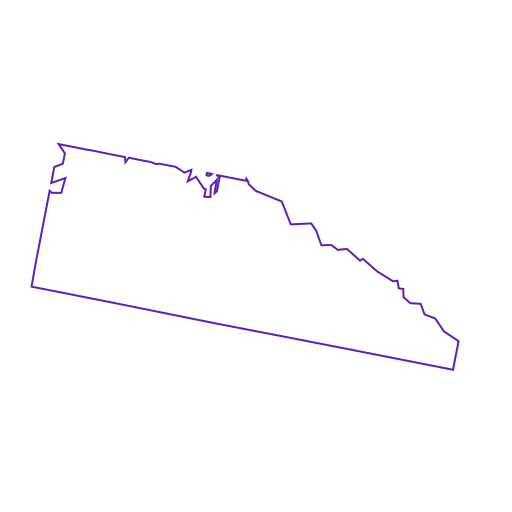 the district of Jefferson, Colorado, United States of America, rotated 281°
{"feature_id": "52423323B54822682121857", "entity_name": "Jefferson", "entity_type": "district", "adm_level": 2, "iso_a3": "USA", "parent_name": "United States of America", "parent_adm1": "Colorado", "projection": "orthographic", "projection_center": [-105.138, 39.522], "detail": "fine", "context": "isolated", "style": "outline", "palette": "violet", "viewbox_px": 512, "rotation_deg": 281, "n_neighbors": 0, "source": "geoboundaries", "source_scale": "gbopen_adm2", "svg_char_len": 1113}
<svg xmlns="http://www.w3.org/2000/svg" viewBox="0 0 512 512"><g transform="rotate(281 256 256)"><path d="M328.1,108.5L328.1,92.6L328.3,74.4L328.1,70.7L328.2,40.9L320.3,48.8L309.8,48.8L304.8,41.0L288.6,41.1L296.2,54.0L280.8,52.8L279.1,43.5L280.6,41.0L207.6,41.1L183.1,41.5L182.8,132.4L182.1,231.7L182.2,322.1L181.9,471.1L210.5,471.1L211.1,471.1L217.8,455.0L228.9,443.8L230.8,432.6L240.5,426.8L239.1,416.5L243.8,408.6L251.7,406.9L251.5,402.3L258.7,399.5L257.3,395.3L264.0,377.9L273.6,361.4L271.3,359.0L280.3,343.9L277.6,335.1L281.2,327.8L279.0,318.1L292.3,310.3L298.5,304.0L293.7,284.1L314.4,270.9L319.9,243.3L325.1,235.2L328.3,233.5L330.1,231.8L327.9,231.8L328.0,204.5L328.1,201.7L326.2,205.3L312.1,205.3L309.7,203.4L311.3,203.2L323.2,203.0L316.2,198.3L305.3,200.0L304.3,194.0L312.0,194.0L312.2,192.0L322.3,182.0L316.4,174.8L325.3,176.1L328.2,176.1L324.2,169.8L328.2,160.2L328.2,156.2L328.2,144.2L327.2,140.2L328.2,134.7L328.1,127.9L328.2,112.4L323.1,109.9L328.1,108.5ZM328.1,197.0L328.1,195.9L328.2,192.0L325.8,192.0L325.6,194.2L326.6,195.9L328.1,197.0Z" fill="none" stroke="#5b21b6" stroke-width="2"/></g></svg>